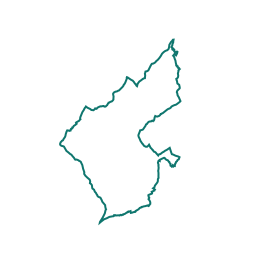 outline of Cata, Brasov, Romania, rotated 110°
{"feature_id": "2599482B43021810170030", "entity_name": "Cata", "entity_type": "district", "adm_level": 2, "iso_a3": "ROU", "parent_name": "Romania", "parent_adm1": "Brasov", "projection": "robinson", "projection_center": [25.249, 46.128], "detail": "fine", "context": "isolated", "style": "outline", "palette": "teal", "viewbox_px": 256, "rotation_deg": 110, "n_neighbors": 0, "source": "geoboundaries", "source_scale": "gbopen_adm2", "svg_char_len": 5740}
<svg xmlns="http://www.w3.org/2000/svg" viewBox="0 0 256 256"><g transform="rotate(110 128 128)"><path d="M122.2,174.9L123.3,175.1L123.8,175.4L125.7,175.7L126.3,175.7L127.4,176.0L128.8,176.3L134.2,176.5L135.6,176.2L136.1,175.7L136.8,176.1L137.9,176.4L140.5,178.6L140.9,178.7L141.6,177.7L143.2,178.6L144.6,179.7L146.5,180.0L146.6,180.5L147.6,180.4L147.9,180.9L148.5,181.0L148.6,181.3L149.6,181.3L150.0,181.1L150.7,182.0L150.6,182.7L150.8,183.0L151.0,184.3L152.4,184.5L155.1,184.4L156.8,184.1L158.4,184.2L160.0,184.7L161.8,184.9L162.6,185.7L163.4,185.9L164.4,186.4L166.0,186.4L166.4,186.3L167.0,185.9L167.5,184.6L167.3,182.4L167.4,181.8L170.6,178.0L171.3,175.8L172.3,173.2L172.4,172.1L173.5,170.4L174.4,168.7L175.5,167.3L175.8,166.7L175.2,165.5L175.3,163.3L175.6,162.9L175.7,161.4L176.0,160.7L177.0,159.8L178.4,158.3L181.7,156.2L184.5,153.9L185.0,153.9L186.2,153.4L187.5,151.6L188.0,150.4L188.4,149.6L189.6,146.4L191.0,145.3L192.9,144.9L193.2,143.7L193.8,142.7L194.2,142.3L195.8,141.5L197.0,140.8L197.6,138.8L199.2,137.4L199.9,136.0L201.3,134.5L201.4,134.1L202.3,133.4L202.8,132.3L202.9,130.1L204.7,128.1L206.1,126.9L208.3,123.1L209.8,122.4L211.5,121.3L211.9,120.8L213.0,121.0L216.1,120.6L220.6,121.1L225.9,122.2L226.6,122.1L225.0,121.2L221.9,119.2L220.1,117.1L217.9,115.1L216.2,112.2L215.9,111.5L215.6,111.2L214.7,111.3L214.4,110.6L214.4,110.3L214.2,109.9L214.4,109.5L213.3,107.1L213.2,106.1L212.9,105.7L212.4,105.6L212.1,105.2L212.0,104.6L212.1,104.1L211.9,104.0L211.6,103.6L211.3,103.4L211.0,103.2L211.1,102.9L210.3,102.4L210.1,101.9L209.5,101.4L207.1,99.7L207.4,99.6L205.8,97.9L205.2,97.2L206.8,96.3L206.3,95.4L205.3,94.2L204.5,92.8L204.3,92.9L203.8,92.3L203.3,92.4L200.8,90.3L199.1,89.6L197.9,88.1L197.5,88.2L197.3,87.9L196.9,87.1L196.4,86.6L195.5,85.0L194.1,83.2L194.4,82.1L194.1,81.8L192.5,81.4L192.5,81.5L191.7,81.1L190.1,81.7L188.8,82.9L187.8,84.4L186.4,84.1L186.0,84.3L185.8,84.9L184.2,85.9L183.3,85.2L182.4,84.1L181.7,83.6L181.7,83.3L181.3,83.0L180.2,83.3L180.1,83.6L179.8,83.9L177.8,81.9L177.6,82.1L177.2,81.9L177.0,82.0L176.6,81.8L176.1,83.8L174.7,82.9L172.9,83.0L169.1,81.8L167.7,81.8L165.9,82.4L165.0,82.4L164.5,82.2L162.9,82.9L160.8,83.6L158.9,84.4L158.0,85.0L157.4,85.0L154.9,85.6L152.9,86.6L152.3,86.6L150.4,88.0L149.9,88.1L149.0,88.0L148.5,88.1L148.2,87.8L148.2,86.9L147.1,87.4L146.6,86.8L146.0,86.3L143.8,84.1L143.6,83.7L143.8,82.9L144.1,82.4L144.4,82.2L144.7,81.2L144.8,80.6L144.7,80.3L144.7,79.8L144.9,79.1L145.5,78.6L145.7,78.2L145.7,77.7L146.1,77.6L146.7,76.7L147.0,76.0L147.7,75.8L148.2,75.3L148.8,75.2L149.0,74.5L148.8,74.6L148.7,74.2L149.0,73.9L148.8,73.8L148.9,73.5L148.7,73.1L148.8,73.0L149.0,73.2L148.8,72.7L149.1,72.7L148.5,72.5L148.3,72.6L148.4,72.4L148.2,72.4L148.3,72.2L147.8,72.0L147.8,71.7L147.5,71.8L147.5,71.2L147.1,71.4L146.6,71.2L145.3,71.5L145.0,71.2L143.3,71.2L142.5,70.6L141.1,70.5L140.1,69.6L137.8,69.6L137.6,71.0L137.8,73.9L137.5,76.4L137.6,77.8L136.6,78.7L132.4,82.0L135.2,84.0L136.7,85.4L138.4,86.5L139.0,87.2L141.5,88.7L141.9,89.6L142.5,90.0L143.5,90.2L143.0,91.1L142.2,92.6L141.5,93.7L141.3,94.5L141.4,95.4L140.5,96.8L140.5,97.0L140.1,97.3L140.0,97.8L139.2,99.1L138.9,100.0L137.8,101.1L136.5,102.5L137.8,102.9L139.1,103.7L139.5,104.8L139.3,106.7L138.4,108.1L138.1,108.4L137.8,109.2L135.8,111.9L134.1,113.4L132.9,114.7L131.7,115.6L130.9,115.8L126.6,115.7L126.1,115.8L125.5,114.9L124.7,113.8L124.2,113.4L119.9,112.3L118.5,112.3L117.6,111.5L117.2,111.5L115.3,110.8L114.9,110.4L114.2,109.4L114.0,108.7L113.5,108.2L113.0,108.0L112.7,107.6L112.7,107.3L112.9,106.8L112.4,106.6L112.2,106.3L111.3,106.2L108.9,106.6L107.4,106.5L107.5,105.5L107.2,104.3L105.9,102.8L104.7,102.2L104.0,102.1L103.9,102.0L103.6,102.0L103.4,101.5L102.7,101.1L102.3,100.5L97.5,97.6L96.3,96.7L96.0,96.4L95.8,96.0L95.3,95.5L94.3,94.8L93.1,94.5L92.2,93.8L90.6,92.2L89.8,91.0L88.6,90.1L85.8,88.3L84.8,87.9L81.7,90.8L80.4,92.5L78.5,93.6L77.8,94.3L76.9,94.5L75.7,94.3L73.1,93.0L72.1,93.3L69.9,94.7L69.3,96.8L67.0,98.1L66.2,98.9L65.3,99.4L64.7,98.8L63.1,98.4L61.6,98.7L59.6,99.8L57.8,99.9L56.8,100.3L56.1,100.1L55.0,99.6L54.9,100.1L54.9,100.3L54.6,100.4L54.7,100.6L54.7,100.8L54.4,100.8L54.2,101.1L54.3,101.1L54.2,101.4L53.9,101.4L53.6,102.2L53.3,102.4L53.4,102.7L53.1,102.8L53.2,103.0L52.7,103.5L52.9,103.8L52.7,104.1L51.7,104.5L50.4,105.4L48.4,106.5L47.2,107.6L45.4,109.0L44.7,109.8L44.6,110.3L43.9,110.1L42.2,109.5L42.8,108.9L43.3,107.7L41.1,107.4L39.5,107.6L39.4,108.0L39.6,108.4L40.0,108.7L40.3,109.2L40.8,109.4L40.8,109.6L40.2,110.8L38.9,111.0L38.6,111.3L38.2,112.1L39.0,112.3L39.2,112.6L39.1,113.1L38.6,113.5L37.7,113.3L37.1,114.9L35.3,114.6L34.3,114.9L32.0,114.8L31.2,115.1L29.4,115.4L29.7,116.0L31.0,116.3L32.5,117.0L35.6,117.6L37.8,117.1L39.5,116.9L40.1,117.0L41.5,117.7L41.9,118.3L43.2,119.6L44.6,120.5L46.5,121.4L49.0,121.8L51.3,122.4L53.7,123.3L55.6,124.4L56.9,124.8L57.8,125.4L58.9,126.4L59.3,127.3L59.6,127.6L61.5,128.0L66.9,128.6L68.0,129.4L69.0,130.9L70.4,130.7L71.2,130.7L72.5,129.9L75.3,129.2L75.4,129.6L76.5,130.4L76.7,130.8L78.7,132.0L80.5,133.3L82.9,134.0L84.5,134.0L85.1,133.8L85.6,133.8L85.2,134.8L84.2,135.6L84.0,136.6L82.8,138.1L81.9,139.7L81.6,141.8L80.6,145.7L80.6,146.4L81.3,146.4L81.8,146.0L86.2,146.1L87.7,146.3L88.8,146.8L89.6,146.7L91.3,147.2L95.8,149.3L96.3,150.0L97.4,150.9L98.2,152.3L99.5,153.4L100.3,153.6L101.1,153.7L103.4,152.3L105.3,151.8L105.8,151.5L106.8,151.5L108.4,152.2L109.1,153.0L109.4,153.5L110.2,154.1L110.3,154.3L110.8,154.7L110.9,154.9L111.4,154.8L112.0,155.2L113.7,155.4L114.0,155.7L115.2,156.2L115.7,156.7L115.9,157.1L115.8,157.5L115.9,158.3L115.7,158.5L115.9,159.0L117.0,160.8L117.0,161.2L117.6,162.0L119.3,163.6L120.7,164.1L120.9,164.7L120.8,165.5L121.4,165.6L123.1,166.5L123.6,168.6L123.1,169.8L122.8,173.0L122.2,174.9Z" fill="none" stroke="#0f766e" stroke-width="2"/></g></svg>